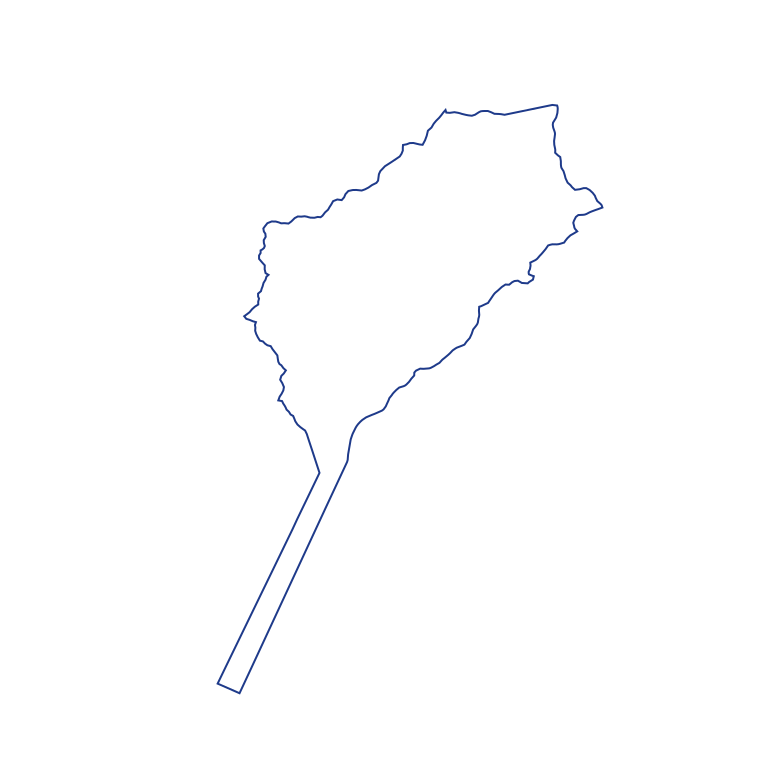 outline of Rangwe, Nyanza, Kenya, rotated 247°
{"feature_id": "3690345B99365267658233", "entity_name": "Rangwe", "entity_type": "district", "adm_level": 2, "iso_a3": "KEN", "parent_name": "Kenya", "parent_adm1": "Nyanza", "projection": "robinson", "projection_center": [34.574, -0.513], "detail": "fine", "context": "isolated", "style": "outline", "palette": "blue", "viewbox_px": 768, "rotation_deg": 247, "n_neighbors": 0, "source": "geoboundaries", "source_scale": "gbopen_adm2", "svg_char_len": 4498}
<svg xmlns="http://www.w3.org/2000/svg" viewBox="0 0 768 768"><g transform="rotate(247 384 384)"><path d="M610.7,544.6L609.0,541.7L607.5,538.8L605.9,534.8L604.2,531.5L601.5,527.9L600.0,523.4L595.8,520.3L592.3,517.0L589.1,513.0L590.5,510.5L592.1,508.3L594.4,505.2L595.7,501.8L595.8,498.5L596.6,494.9L594.5,493.8L591.5,492.5L589.1,490.1L587.3,487.4L586.5,483.4L585.2,476.5L584.1,470.0L581.4,463.8L579.1,461.3L575.9,459.4L573.5,458.0L572.1,455.6L571.8,450.7L570.9,446.5L570.6,442.5L570.8,439.1L573.5,434.2L574.8,430.9L575.6,426.6L573.8,422.7L571.4,420.2L569.8,416.9L572.1,413.1L572.2,408.6L569.8,405.5L568.2,403.1L566.3,400.6L565.0,396.8L562.9,393.1L562.3,390.8L563.7,388.2L564.2,385.0L565.8,381.4L567.1,379.6L568.0,378.6L569.4,376.5L570.4,373.2L571.9,370.1L571.6,366.6L570.7,364.4L569.8,362.1L569.0,358.8L570.9,355.3L572.1,352.1L573.8,350.4L575.8,347.9L577.5,344.1L577.6,339.5L575.8,336.2L574.3,333.7L571.3,333.0L568.7,333.5L565.7,332.6L563.4,329.5L560.7,328.5L557.6,328.2L556.1,326.7L555.4,324.6L555.2,322.6L552.8,321.6L551.1,319.2L548.0,317.9L544.5,319.0L542.4,319.7L539.8,320.6L536.3,319.0L532.4,318.3L529.6,320.3L528.7,317.7L526.3,315.7L524.1,312.6L521.2,310.3L519.6,308.7L517.5,307.0L516.4,303.4L513.7,302.3L511.4,302.3L509.0,300.4L506.3,299.3L505.6,295.3L504.4,291.8L502.6,288.3L501.8,285.2L501.0,281.8L497.8,282.7L495.5,285.4L493.0,287.8L491.0,290.3L488.8,288.3L486.1,287.6L483.3,286.2L480.0,285.9L476.3,286.1L472.4,286.7L470.5,289.2L467.6,290.3L465.2,291.8L463.1,294.5L459.6,295.0L456.2,295.9L452.0,297.0L448.7,296.1L445.8,295.4L443.2,295.6L441.4,296.8L437.9,297.6L434.9,299.0L432.8,295.8L431.6,292.7L428.5,290.1L424.6,290.7L420.3,290.7L417.4,288.8L415.0,285.9L413.1,283.0L410.2,280.3L408.1,283.5L405.4,283.6L402.8,284.1L400.7,284.3L398.5,284.3L395.6,285.6L392.4,286.1L390.1,287.9L387.4,287.9L384.3,287.8L380.5,288.5L377.1,290.1L374.2,291.8L372.0,293.2L368.1,293.4L361.5,292.8L350.5,291.9L327.4,289.9L312.1,272.5L293.8,251.6L286.1,243.1L255.0,207.5L240.1,190.4L182.5,124.4L173.2,113.8L155.8,130.2L175.6,152.2L290.6,279.5L291.7,280.7L326.6,319.5L328.3,320.9L333.3,323.5L346.0,331.7L349.7,335.0L350.6,335.9L351.9,337.4L354.9,340.9L355.9,342.3L357.1,344.3L358.5,347.4L359.4,350.0L360.3,354.6L360.3,361.0L360.2,363.3L360.2,365.9L360.3,371.7L360.8,373.7L362.7,376.9L364.3,378.6L367.2,381.8L368.9,383.4L370.7,386.8L371.5,388.0L372.3,389.6L373.7,393.0L374.8,396.6L374.6,398.6L374.3,401.3L374.4,403.1L374.8,404.5L376.2,407.9L377.4,409.9L378.2,411.2L380.0,415.1L382.7,416.4L383.8,418.7L384.0,423.3L383.2,424.9L382.5,426.4L381.3,430.0L380.7,431.9L380.6,433.5L380.9,437.0L381.4,439.8L381.8,443.3L383.5,447.0L383.9,448.3L384.3,449.8L385.3,453.1L385.8,454.7L386.6,456.9L388.1,460.3L388.8,463.7L389.0,465.3L388.9,467.6L388.8,470.5L388.8,473.4L390.6,476.3L392.8,480.9L395.9,484.3L399.4,487.4L401.5,491.3L402.6,493.1L403.9,494.4L407.3,496.5L408.9,497.8L410.4,498.7L414.3,500.0L417.9,501.8L417.7,503.7L418.0,511.6L418.9,512.8L420.8,515.8L422.9,519.0L423.8,520.5L424.5,522.0L425.6,525.6L426.6,528.4L427.3,530.4L428.1,534.7L427.3,536.3L426.5,538.1L427.6,541.7L427.8,544.3L426.8,547.6L424.5,549.4L423.2,550.3L420.5,555.6L421.2,557.5L421.9,561.9L424.7,564.0L425.9,562.6L428.3,560.3L429.6,560.5L430.9,561.1L432.8,563.3L434.4,564.3L435.6,565.1L438.6,566.1L438.7,568.5L438.9,571.9L439.4,573.9L441.3,577.7L441.9,579.2L442.9,581.3L445.0,585.4L447.4,589.2L447.2,591.5L446.8,593.6L445.1,597.4L444.5,599.3L444.2,601.3L443.8,605.1L445.0,606.9L446.6,609.9L448.0,613.7L448.4,617.3L449.0,621.5L452.4,620.4L453.8,620.4L455.1,620.7L458.4,621.2L460.1,622.7L462.8,625.9L463.6,628.9L461.9,633.5L461.5,635.0L461.4,636.8L461.7,640.4L461.7,642.5L461.5,646.8L461.3,649.6L461.1,654.0L463.6,654.2L465.2,653.7L469.1,651.8L472.8,651.6L474.9,651.7L478.4,650.8L482.2,649.1L485.3,646.7L486.3,644.3L486.8,640.3L487.5,637.8L488.1,635.7L491.7,634.0L494.0,633.4L497.6,631.7L502.3,631.5L503.7,631.7L505.6,632.0L509.8,632.4L513.4,631.8L514.6,631.9L516.7,632.5L520.1,633.9L524.1,634.9L526.4,633.5L530.0,631.9L531.8,632.8L533.1,633.3L537.6,634.2L541.2,635.5L542.7,636.4L544.0,637.2L547.3,639.1L548.6,639.5L550.3,639.7L553.8,639.9L556.6,640.6L558.5,641.7L560.7,644.8L562.0,646.6L565.7,649.5L569.3,651.4L571.1,652.0L572.7,652.2L575.1,648.0L584.7,600.2L586.7,597.1L587.8,595.0L589.6,591.2L592.2,588.9L594.7,586.3L596.7,581.5L597.2,579.6L597.1,577.6L596.3,573.0L596.6,569.7L598.3,566.7L599.7,564.6L602.3,561.1L603.2,560.1L604.6,558.3L606.7,555.0L607.9,550.5L609.5,547.4L612.2,547.7L610.7,544.6Z" fill="none" stroke="#1e3a8a" stroke-width="2"/></g></svg>